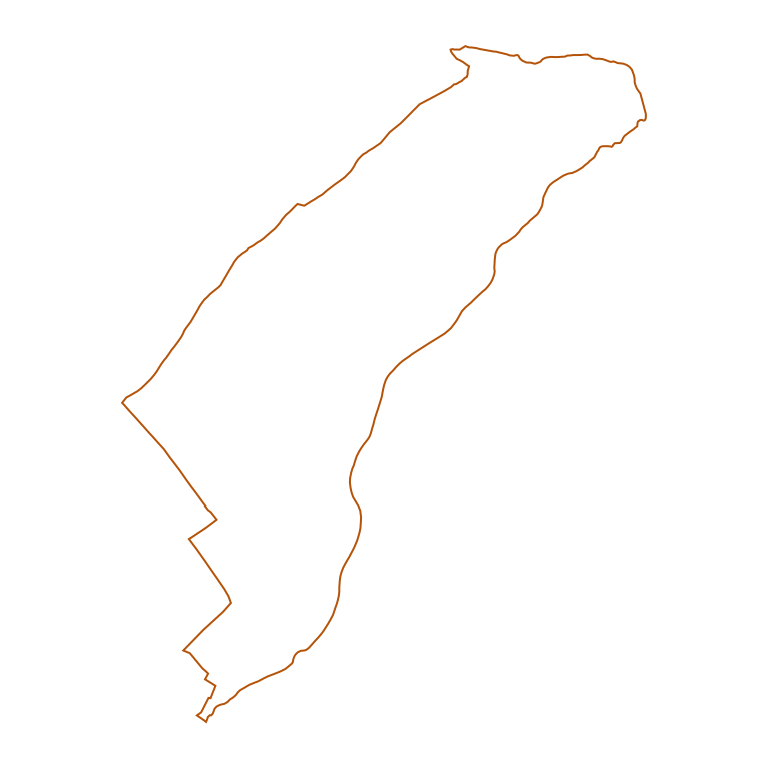 San Miguel, Corrientes, Argentina
{"feature_id": "61730980B60061782271910", "entity_name": "San Miguel", "entity_type": "district", "adm_level": 2, "iso_a3": "ARG", "parent_name": "Argentina", "parent_adm1": "Corrientes", "projection": "mercator", "projection_center": [-57.327, -27.944], "detail": "fine", "context": "isolated", "style": "outline", "palette": "amber", "viewbox_px": 768, "rotation_deg": 0, "n_neighbors": 0, "source": "geoboundaries", "source_scale": "gbopen_adm2", "svg_char_len": 6013}
<svg xmlns="http://www.w3.org/2000/svg" viewBox="0 0 768 768"><path d="M640.4,93.5L639.0,91.7L637.1,88.9L635.7,85.8L634.7,82.5L634.6,78.3L633.8,74.8L632.7,71.8L632.3,70.7L632.0,69.8L629.5,66.8L626.6,64.9L623.0,63.6L620.0,63.3L617.6,63.1L615.9,62.3L613.4,61.4L612.0,61.8L610.1,61.8L607.5,60.8L603.1,59.2L599.5,58.7L596.2,58.8L593.4,58.2L591.7,57.4L589.8,55.8L588.9,55.4L587.5,54.6L585.7,54.6L580.5,55.0L572.6,55.1L571.1,55.4L567.2,55.6L565.1,56.6L556.6,57.1L556.2,57.1L550.9,56.9L546.5,57.5L543.9,58.5L542.4,59.4L540.7,61.4L539.7,62.1L535.6,63.6L534.8,63.7L533.0,63.3L531.1,62.7L528.5,62.6L526.3,62.5L524.8,61.8L522.6,60.8L520.7,59.3L519.6,58.0L518.8,56.2L517.8,55.2L516.6,55.1L515.5,55.3L514.0,55.8L511.8,55.6L509.8,55.4L506.8,54.3L498.9,52.4L496.1,51.7L493.5,51.5L480.2,49.1L475.9,48.0L471.8,47.5L468.9,47.4L465.6,46.2L465.4,46.1L459.7,49.6L454.2,49.5L452.5,49.1L450.6,49.6L450.9,51.2L452.2,53.4L453.8,55.3L456.7,58.8L459.8,60.2L461.8,61.4L463.1,62.1L464.9,63.4L467.3,65.2L469.1,66.2L468.5,68.4L467.8,70.5L467.7,71.9L467.6,73.2L467.7,74.0L467.5,75.0L467.1,75.8L467.0,76.7L466.4,77.2L465.3,77.6L463.1,79.6L461.7,81.0L459.6,82.0L456.3,84.0L454.0,84.4L451.0,87.1L444.1,91.2L436.3,95.4L419.7,104.2L412.6,111.3L409.7,114.3L400.7,123.3L389.7,132.2L384.4,138.6L380.7,143.0L375.3,146.7L373.1,148.2L368.8,150.7L366.2,152.7L363.4,154.2L361.6,155.8L358.1,159.5L355.5,163.5L354.3,166.0L352.5,168.8L350.8,171.2L347.2,174.8L345.0,177.1L341.3,179.9L334.4,184.8L327.1,190.4L322.3,194.6L318.3,196.9L315.4,198.9L311.0,201.5L304.3,205.7L297.5,204.0L296.2,205.2L294.0,207.4L291.3,210.2L288.9,212.5L286.3,214.7L284.1,217.2L281.9,219.9L280.2,222.6L278.1,225.1L274.9,228.7L273.8,229.6L270.9,232.1L268.4,234.3L266.3,236.1L264.0,238.2L260.6,240.7L257.1,242.7L253.5,245.4L248.4,248.1L247.1,250.3L244.9,251.9L242.0,253.7L239.8,255.6L238.0,257.0L236.5,258.8L234.3,261.6L232.5,264.8L230.4,268.3L228.7,271.0L226.8,274.4L225.5,276.6L224.0,279.1L223.2,280.5L222.4,281.8L220.6,285.0L218.5,287.2L216.2,289.0L213.2,291.4L210.0,294.0L207.4,296.8L204.3,299.6L201.6,303.2L199.5,306.3L197.3,310.4L194.6,315.0L190.7,321.7L186.1,327.8L184.2,330.7L183.0,333.6L181.3,336.8L179.3,339.7L177.1,342.8L174.4,346.4L171.7,349.7L169.2,353.4L166.2,357.7L164.0,360.2L160.9,364.6L158.8,368.0L156.5,371.7L154.2,374.8L150.8,378.9L149.4,380.3L147.9,381.8L143.9,385.7L141.3,388.2L139.9,389.3L138.7,390.2L137.3,391.3L134.1,393.1L130.4,395.3L126.4,397.4L122.1,402.8L124.7,405.6L129.5,411.1L137.1,419.4L146.9,430.4L149.3,433.1L152.0,436.0L158.6,443.4L163.8,449.1L169.6,457.2L179.4,470.0L186.5,480.2L190.1,485.2L197.4,494.9L203.1,502.8L205.4,505.8L204.9,506.5L208.0,510.4L210.7,512.4L216.5,519.8L206.2,527.6L194.1,535.7L190.4,538.1L188.9,539.1L193.5,545.3L196.6,549.4L200.0,554.2L205.1,561.4L211.3,570.4L217.1,578.7L224.3,589.2L228.5,596.4L230.9,603.0L223.0,611.9L203.4,629.8L183.3,650.5L189.8,653.2L202.3,668.3L205.9,671.4L208.1,673.6L205.0,679.3L211.4,683.3L215.4,685.8L210.5,698.2L208.5,697.9L201.1,712.4L196.9,715.4L204.4,720.6L206.0,721.9L207.1,719.4L207.8,717.1L209.0,715.9L209.9,715.2L211.1,715.4L212.8,713.5L213.9,710.5L214.4,709.0L216.0,707.1L217.4,706.0L220.7,704.6L224.2,703.9L227.5,702.0L230.2,699.2L232.5,697.9L233.6,697.0L234.9,695.9L236.2,694.6L237.8,692.3L240.2,690.1L244.3,687.8L249.2,684.9L254.3,682.8L258.5,681.2L263.7,678.4L268.0,676.3L271.7,674.9L276.1,673.2L280.3,671.5L282.1,670.6L283.5,669.9L285.3,669.0L286.7,667.9L288.2,666.7L290.0,665.2L292.0,663.5L292.9,661.9L293.3,659.3L293.9,657.6L294.8,655.6L296.1,653.9L297.8,652.3L300.9,650.8L303.5,650.6L305.2,650.3L306.4,649.8L309.0,647.8L312.5,643.9L315.5,640.5L318.7,637.1L321.5,633.7L323.3,631.3L325.7,627.6L328.3,623.5L330.3,620.0L333.0,615.0L335.5,607.5L337.0,603.3L337.7,600.7L338.3,598.2L338.9,595.4L339.1,593.7L339.3,591.7L339.3,587.6L339.5,584.7L339.7,581.8L339.8,580.7L339.9,579.8L340.1,578.2L340.5,575.8L341.5,572.3L343.2,567.8L345.0,564.4L346.4,561.9L347.6,559.8L349.3,557.0L351.6,552.6L352.8,550.4L354.7,546.5L357.2,540.5L358.5,536.2L359.5,532.7L360.4,528.4L360.8,522.9L361.1,517.5L360.3,511.0L358.1,505.2L353.2,497.0L351.6,492.5L350.6,487.9L349.9,482.6L350.1,478.1L351.3,472.3L352.4,468.6L353.7,465.7L355.2,460.7L356.7,456.3L359.1,451.5L362.1,446.8L363.8,444.4L367.5,439.8L369.4,436.9L370.8,433.5L372.1,428.6L373.4,424.5L374.7,419.1L376.0,415.0L378.0,409.0L380.0,402.6L381.7,397.1L383.1,389.6L384.0,385.5L385.8,380.1L387.8,376.5L389.9,373.7L392.9,370.7L396.4,366.7L399.6,363.5L402.2,361.3L404.8,359.4L409.6,356.1L412.0,354.2L419.3,349.5L429.6,342.9L436.3,338.8L444.9,333.4L451.0,328.1L454.1,324.0L456.5,320.7L459.1,316.2L461.9,311.2L465.2,307.6L470.9,302.7L473.4,300.2L478.4,295.4L482.2,291.9L485.5,289.2L488.2,286.1L490.7,282.8L492.6,279.1L494.2,274.5L494.7,271.5L494.3,267.9L494.8,259.0L495.4,254.2L495.9,252.5L496.6,250.8L497.9,248.4L499.2,246.9L502.0,244.2L503.5,243.4L506.5,242.1L509.9,239.9L511.9,238.4L515.3,235.9L517.8,233.2L519.3,231.7L520.7,229.4L523.0,226.9L525.9,224.6L527.7,223.1L529.6,220.9L531.9,218.9L537.2,214.4L537.9,213.4L538.9,212.0L540.7,208.7L542.0,206.0L542.4,204.2L543.1,199.4L543.3,197.8L543.7,196.5L544.9,193.9L545.5,192.5L546.4,190.8L547.3,188.8L548.1,187.3L549.7,185.2L551.2,183.8L552.8,182.5L553.7,181.8L555.9,180.4L556.6,180.0L560.1,177.7L562.7,176.0L565.7,174.6L568.3,173.6L572.4,172.9L576.1,171.3L578.4,170.0L582.4,167.5L584.7,165.4L587.9,162.9L589.8,160.9L591.8,159.4L594.4,157.2L595.6,154.8L596.5,153.1L597.4,151.4L598.2,150.5L599.3,148.2L600.3,147.0L601.9,146.4L603.4,146.2L605.9,146.2L607.2,146.2L609.0,146.3L610.4,146.5L611.7,146.8L612.7,146.0L613.1,145.0L613.8,144.2L615.0,143.1L616.1,143.2L617.3,143.1L618.3,143.0L619.8,143.0L620.8,142.3L621.6,141.2L622.2,140.1L622.7,138.9L623.2,137.9L624.2,136.4L625.0,135.5L626.1,134.7L628.0,133.2L629.9,131.8L631.7,130.5L633.3,129.5L634.6,128.3L635.6,127.5L636.3,127.0L637.3,126.2L637.4,124.8L637.5,123.6L637.6,122.5L638.1,121.4L639.1,120.9L639.9,120.1L641.9,119.9L642.9,120.3L643.6,120.6L644.7,120.3L645.4,119.3L645.8,117.8L645.9,115.7L645.8,113.7L640.4,93.5Z" fill="none" stroke="#b45309" stroke-width="2"/></svg>